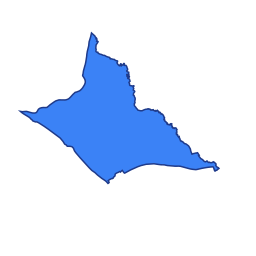 outline of Na Tan, Ubon Ratchathani, Thailand, rotated 215°
{"feature_id": "78962969B76550243021032", "entity_name": "Na Tan", "entity_type": "district", "adm_level": 2, "iso_a3": "THA", "parent_name": "Thailand", "parent_adm1": "Ubon Ratchathani", "projection": "orthographic", "projection_center": [105.251, 15.929], "detail": "fine", "context": "isolated", "style": "filled", "palette": "blue", "viewbox_px": 256, "rotation_deg": 215, "n_neighbors": 0, "source": "geoboundaries", "source_scale": "gbopen_adm2", "svg_char_len": 5729}
<svg xmlns="http://www.w3.org/2000/svg" viewBox="0 0 256 256"><g transform="rotate(215 128 128)"><path d="M122.4,155.4L122.7,155.2L123.0,154.5L123.9,153.8L124.4,153.3L125.3,152.1L126.3,150.3L127.4,149.4L130.1,148.3L131.3,148.8L132.4,148.9L133.3,149.4L135.1,149.8L135.6,150.0L136.6,151.3L136.8,151.6L136.7,152.7L137.6,153.5L138.1,154.5L138.5,155.5L139.3,156.6L140.7,157.3L141.5,158.0L142.5,158.0L143.4,159.7L143.3,161.6L143.6,161.9L144.1,162.1L145.2,162.0L145.5,162.1L146.0,163.7L146.8,164.0L147.1,164.4L147.2,165.8L147.7,165.8L148.6,164.8L149.8,164.4L150.5,164.0L150.9,164.0L151.3,164.1L152.2,165.2L153.3,165.8L153.4,166.5L153.1,167.3L153.4,167.7L154.9,168.9L155.5,168.8L156.3,168.5L156.7,168.5L156.9,168.7L157.0,169.0L157.0,169.3L156.2,170.2L156.2,170.6L156.4,171.0L156.7,171.1L157.0,171.0L157.7,170.1L158.3,169.7L158.6,169.9L158.8,170.3L159.6,170.9L159.7,171.2L159.6,171.4L159.3,171.5L158.1,171.5L157.8,171.7L157.7,172.1L158.5,172.4L158.8,173.4L159.4,174.1L160.7,173.7L161.3,173.7L161.6,173.9L161.9,174.2L161.7,174.9L161.7,175.4L162.0,175.9L162.3,176.2L163.6,177.0L164.4,177.7L165.7,178.1L166.2,177.8L166.6,177.3L167.1,177.2L167.5,177.5L167.8,178.5L168.0,178.6L168.3,178.6L168.5,178.4L168.5,178.1L168.2,177.2L168.2,176.9L168.8,176.2L169.1,175.0L169.5,174.9L169.8,175.3L169.9,175.7L169.7,176.3L169.8,176.5L170.5,176.5L170.8,176.4L170.7,174.4L170.7,174.1L170.9,174.0L172.8,174.3L174.3,175.0L174.5,175.2L174.5,176.0L174.9,176.8L175.1,176.9L176.9,176.2L178.7,176.3L179.5,175.7L181.0,175.3L182.2,174.5L182.5,174.5L182.9,175.1L183.7,175.2L185.6,174.5L187.5,174.1L188.7,174.1L190.1,173.3L192.0,173.0L192.9,172.6L193.9,172.3L195.5,172.2L196.0,172.7L196.2,172.8L197.1,172.2L197.7,172.2L198.3,172.4L198.5,172.7L199.1,174.0L199.4,174.4L199.9,174.6L200.4,175.3L201.7,177.6L201.8,178.1L201.9,180.9L202.1,181.6L202.4,181.6L203.2,181.1L203.5,181.1L203.6,181.9L204.0,182.3L204.7,183.2L204.9,183.3L205.5,182.8L205.7,183.5L205.9,183.7L207.0,183.8L208.0,184.4L212.4,184.9L210.8,181.0L209.3,176.3L207.3,172.7L205.3,167.5L204.0,164.8L202.8,162.7L200.5,158.0L199.3,155.2L199.1,154.4L197.2,149.1L195.9,146.6L195.5,145.4L195.2,144.9L194.9,144.7L193.1,144.0L191.1,143.0L189.8,141.8L188.9,140.4L188.4,138.2L188.3,136.4L188.2,135.0L188.3,133.7L188.6,131.9L189.0,130.6L191.1,127.5L191.7,127.0L192.4,123.8L192.8,120.4L193.2,118.4L193.4,117.9L193.9,116.9L194.8,115.7L195.6,114.9L200.7,111.4L202.7,108.8L203.4,107.2L205.1,102.5L206.1,98.5L207.2,97.5L209.0,96.3L210.3,95.2L211.5,93.7L212.1,92.1L212.1,91.5L211.9,89.6L211.9,88.4L212.3,87.5L213.3,86.5L214.9,85.5L216.7,84.8L219.9,83.7L220.8,83.3L224.0,80.7L225.7,79.9L223.9,79.7L221.6,79.7L215.5,80.1L213.9,80.0L212.4,79.6L211.6,79.7L210.1,79.2L207.7,79.8L207.1,80.0L206.4,80.6L205.7,80.8L204.4,81.0L202.7,81.1L197.7,81.3L192.5,81.3L177.9,80.9L173.4,79.7L170.7,78.5L170.2,78.5L168.8,78.7L167.3,78.2L164.9,79.8L164.0,80.2L163.1,80.5L162.7,80.5L161.0,80.1L158.8,78.6L156.5,77.8L149.9,76.1L137.1,73.2L133.3,72.5L129.3,72.5L127.4,72.2L126.0,72.0L120.6,71.7L116.7,71.8L115.2,71.7L112.6,71.1L112.3,71.8L112.2,72.5L112.7,72.8L113.2,73.3L114.0,73.5L113.5,75.2L112.1,77.6L111.8,77.6L111.4,78.3L111.5,78.9L111.5,80.2L111.2,80.8L111.2,81.2L111.5,81.9L112.0,82.7L112.0,83.0L111.9,83.6L111.4,84.8L110.6,86.0L109.8,87.6L108.9,87.6L108.7,89.0L108.4,90.0L105.7,89.1L105.1,89.0L104.8,89.2L101.8,95.2L97.8,101.9L95.8,104.7L92.3,108.7L86.2,113.6L82.0,115.7L79.9,116.8L77.2,118.6L74.3,119.8L67.6,123.7L64.5,125.9L63.1,126.7L53.7,130.1L51.4,131.2L48.7,132.7L47.9,133.4L44.2,137.5L41.5,140.2L39.5,142.1L36.2,144.9L35.6,144.8L34.2,144.0L33.3,143.1L32.9,143.1L32.2,142.6L31.9,142.8L32.0,143.1L31.8,143.4L31.8,143.7L31.4,143.9L31.0,144.3L30.9,144.8L31.0,145.3L30.9,145.6L30.6,145.9L30.5,146.7L30.3,147.0L31.0,147.3L32.8,147.1L34.6,147.6L34.8,148.3L35.3,149.0L36.4,149.3L36.8,149.2L38.0,149.4L38.2,149.1L38.8,149.2L39.3,147.9L40.2,147.1L41.1,146.7L41.5,146.8L42.4,145.9L44.4,146.3L44.8,145.3L45.3,144.6L46.6,144.4L48.8,144.9L50.9,144.7L52.5,145.2L53.3,145.4L54.3,145.8L54.0,146.5L56.8,147.6L57.1,147.5L57.4,146.9L58.3,146.2L59.0,145.3L59.7,144.6L60.6,143.3L63.1,144.9L64.9,146.6L67.6,147.9L68.2,148.1L70.6,148.2L71.5,148.2L72.5,147.7L73.9,147.8L74.3,148.0L74.7,147.9L75.5,148.2L76.3,147.8L76.6,147.9L76.8,147.6L77.2,147.8L77.7,147.7L78.0,148.1L78.7,148.3L79.5,149.1L80.2,149.4L80.6,149.8L80.6,149.6L80.7,149.4L81.0,149.5L80.9,149.8L81.5,150.2L81.9,149.8L82.1,149.8L82.3,150.0L82.7,150.1L82.8,150.3L83.3,150.5L83.5,150.9L84.0,151.1L84.5,150.5L85.0,150.9L85.1,151.1L85.3,151.3L85.4,151.7L85.7,152.0L85.5,152.3L85.5,152.6L86.1,153.2L86.4,153.3L86.5,153.7L86.8,153.8L86.9,154.1L87.3,154.5L87.2,154.7L87.5,154.7L87.7,155.1L88.6,155.5L89.6,155.1L89.9,154.8L90.0,154.5L89.8,154.3L89.9,154.1L90.7,154.2L91.1,153.8L91.4,154.1L91.7,154.2L92.0,153.9L92.4,154.0L92.8,154.8L93.6,154.9L93.7,155.3L94.2,155.8L94.5,156.5L95.2,156.3L95.5,156.0L95.5,155.6L95.4,155.5L95.2,155.5L95.1,155.2L95.2,154.9L95.7,154.4L96.2,154.6L96.5,154.3L96.8,153.9L97.3,153.9L97.6,153.7L97.7,153.9L98.3,153.7L98.4,153.8L98.3,154.3L98.8,154.6L99.1,154.3L99.4,154.5L100.0,154.5L100.5,154.9L101.8,154.8L102.0,155.1L102.3,155.3L103.0,155.3L103.5,155.7L103.2,156.3L103.9,156.7L104.2,157.6L104.6,157.6L104.9,157.6L105.4,158.1L106.0,158.4L106.3,158.7L107.0,158.8L107.6,159.0L107.9,158.9L108.4,159.0L108.6,158.9L108.8,158.4L109.9,159.0L110.4,159.2L111.0,159.2L111.3,158.8L111.3,158.4L111.9,158.6L112.6,159.2L113.1,159.0L113.4,159.2L113.9,159.1L114.1,159.3L114.4,158.9L114.4,158.2L114.8,157.9L115.3,158.0L115.3,157.6L115.4,157.4L116.1,157.4L116.5,157.2L117.1,157.2L117.8,157.5L117.9,157.4L117.9,156.9L118.4,156.9L119.0,156.4L119.3,155.8L119.8,156.0L120.5,155.8L121.0,156.1L121.3,155.9L121.7,155.4L121.9,155.3L122.4,155.4Z" fill="#3b82f6" stroke="#1e3a8a" stroke-width="1.5"/></g></svg>